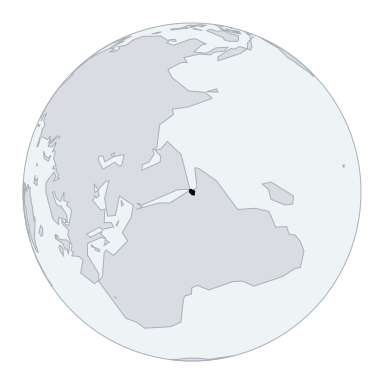 globe centered on Djibouti, rotated 279°
{"feature_id": "DJI", "entity_name": "Djibouti", "entity_type": "country or territory", "adm_level": 0, "iso_a3": "DJI", "parent_name": "Africa", "parent_adm1": "", "projection": "orthographic", "projection_center": [42.635, 11.825], "detail": "fine", "context": "on_globe", "style": "filled", "palette": "ink", "viewbox_px": 384, "rotation_deg": 279, "n_neighbors": 0, "source": "natural_earth", "source_scale": "50m", "svg_char_len": 9004}
<svg xmlns="http://www.w3.org/2000/svg" viewBox="0 0 384 384"><g transform="rotate(279 192 192)"><circle cx="192" cy="192" r="169" fill="#eef3f6" stroke="#a8b0b8"/><path d="M116.4,40.9L116.2,41.0L116.4,40.9ZM108.9,44.9L112.1,43.2L101.3,49.6L92.0,56.4L89.4,58.3L86.6,60.0L87.5,59.2L97.9,51.6L108.9,44.9ZM77.8,67.5L77.2,68.0L77.8,67.5ZM23.1,196.6L24.7,204.7L27.6,215.0L28.9,225.1L29.3,234.5L36.3,257.4L36.6,258.3L32.1,246.5L28.4,234.3L25.7,221.9L23.9,209.3L23.1,196.6ZM160.5,26.0L157.7,26.6L157.3,26.6L160.5,26.0ZM148.3,29.1L149.8,28.5L152.4,27.9L148.3,29.1ZM161.3,25.9L162.2,25.7L163.4,25.5L163.7,25.5L161.3,25.9ZM174.0,24.0L173.4,24.1L174.0,24.0ZM167.6,24.9L160.7,26.1L157.3,27.0L154.9,27.5L160.8,26.0L167.6,24.9ZM166.5,25.0L169.2,24.6L167.6,24.9L165.4,25.2L165.2,25.2L166.5,25.0ZM179.4,23.5L178.9,23.5L179.2,23.5L179.4,23.5ZM167.0,25.1L168.7,24.8L167.0,25.1L167.0,25.1ZM175.8,23.9L176.3,23.8L177.5,23.7L175.8,23.9ZM171.6,24.5L169.4,24.8L169.1,24.8L171.6,24.5ZM173.9,24.2L175.4,24.0L170.4,24.6L173.9,24.1L173.9,24.2ZM176.9,23.8L177.7,23.7L176.5,23.8L176.9,23.8ZM173.9,24.8L167.5,25.5L166.9,25.2L173.2,24.6L173.9,24.8ZM273.0,43.7L277.7,47.2L289.5,56.1L290.1,55.3L294.3,58.0L308.2,70.1L321.4,88.6L327.1,94.5L330.0,98.7L330.6,101.7L326.4,95.5L323.7,93.7L321.2,90.1L320.8,93.6L317.3,88.6L318.7,94.2L322.3,98.0L324.0,96.3L326.7,104.0L333.3,110.6L338.2,119.6L341.2,137.2L338.0,143.7L338.7,146.8L335.3,144.0L334.0,150.8L342.9,166.9L343.8,172.0L340.2,183.1L339.6,179.3L330.6,171.8L331.2,184.3L338.1,193.1L340.6,204.7L336.3,202.0L333.5,191.9L330.3,188.9L329.5,178.1L323.6,163.1L319.2,167.0L317.9,160.7L309.2,149.0L301.9,154.4L291.3,173.0L292.5,189.4L287.7,197.2L275.4,175.0L270.7,159.7L265.7,161.7L253.4,149.6L230.8,150.3L228.0,146.5L223.7,148.6L215.1,144.9L211.0,138.6L205.6,139.2L216.6,155.9L222.4,155.4L227.9,148.6L229.8,154.7L238.1,159.8L227.3,175.3L194.4,189.6L192.0,177.4L171.2,144.5L172.3,140.8L172.3,140.4L172.1,139.7L169.3,145.6L166.0,139.2L176.3,162.0L177.6,171.9L194.0,190.3L192.2,192.3L197.7,196.1L216.4,191.0L216.3,195.1L207.0,214.2L181.9,239.9L185.8,256.9L184.8,271.1L170.3,280.2L172.7,290.9L165.4,294.5L165.7,300.4L160.5,306.4L151.4,311.8L134.5,310.9L132.6,305.6L122.7,294.7L108.7,267.9L111.9,256.1L110.0,246.5L97.9,224.0L100.5,212.2L97.5,206.8L91.2,207.4L87.9,200.9L84.2,200.4L61.8,201.3L55.7,192.3L50.1,166.6L54.7,157.7L56.8,146.6L89.2,113.9L94.7,116.8L118.6,114.7L121.3,116.3L117.0,124.4L133.7,136.1L140.9,129.5L157.6,136.0L169.7,136.2L176.7,120.9L156.9,120.1L155.0,112.5L172.1,106.7L189.6,108.3L189.4,105.4L179.6,98.8L185.0,94.0L176.4,96.2L178.9,99.1L173.6,100.8L171.0,98.4L173.0,96.6L168.1,95.2L159.9,104.7L161.5,108.7L147.9,110.0L149.3,117.0L145.2,120.0L141.1,109.4L142.5,105.7L133.9,94.6L131.2,98.5L139.2,109.5L136.1,108.5L132.5,114.6L132.8,109.2L124.9,96.9L113.4,98.6L96.5,112.9L90.3,113.7L86.2,110.0L94.6,94.7L107.6,95.0L110.7,90.4L110.1,83.3L114.1,84.3L115.4,81.7L120.5,81.8L129.6,76.2L135.1,76.0L140.6,68.7L144.1,67.8L139.9,72.2L139.8,75.5L153.6,76.0L156.9,74.6L159.3,70.1L162.8,71.1L163.4,66.7L172.3,65.6L162.0,63.5L164.6,59.0L170.9,55.9L169.9,54.2L159.6,59.4L157.1,61.9L157.9,64.5L149.6,72.0L144.4,73.0L146.2,64.4L139.0,65.3L143.5,58.9L168.8,47.7L178.4,46.3L190.2,52.5L186.9,55.0L181.0,53.7L184.7,58.7L185.2,56.4L188.1,57.6L191.4,54.2L193.6,54.9L192.9,50.7L195.9,51.2L196.3,53.8L203.7,50.0L210.6,50.6L211.2,49.5L209.9,48.1L219.5,50.2L219.5,49.3L216.4,48.2L214.4,45.9L214.6,42.8L217.9,43.7L218.3,44.9L224.1,49.1L224.5,52.8L225.9,52.9L226.3,50.0L219.3,44.7L218.4,42.7L222.3,44.8L220.8,43.8L221.5,43.1L225.2,43.4L221.2,41.0L223.7,33.9L231.2,34.3L234.3,36.6L239.6,34.3L247.6,36.1L244.7,34.9L245.2,33.8L242.7,33.2L241.4,32.6L241.6,30.7L244.2,31.4L242.5,30.8L258.1,36.5L273.0,43.7ZM76.5,131.2L75.2,134.4L76.5,131.2ZM207.3,118.4L218.3,119.1L214.8,109.5L218.8,109.2L216.1,106.3L214.5,108.9L208.2,101.1L213.5,98.5L212.9,94.6L209.1,94.3L200.5,100.5L209.4,111.3L206.3,115.2L207.3,118.4ZM80.8,65.5L76.6,69.4L79.2,66.8L77.7,68.0L81.2,64.4L88.3,59.2L84.4,62.0L80.8,65.5ZM117.8,69.0L118.8,70.6L115.9,73.4L109.0,75.0L113.2,70.9L117.8,69.0ZM121.0,72.5L124.7,64.3L129.1,63.4L126.0,65.2L128.6,65.4L124.3,68.5L125.0,76.2L122.4,79.3L111.0,79.7L116.2,77.7L114.8,76.0L121.0,72.5ZM126.2,49.3L127.8,47.0L135.3,47.9L132.9,50.1L125.9,51.4L124.6,49.7L126.2,49.3ZM134.7,33.1L134.8,33.0L136.1,32.5L137.1,32.2L134.7,33.1ZM129.3,35.1L129.2,35.1L133.0,33.7L135.3,32.9L143.2,30.3L145.9,29.4L154.8,27.2L155.9,27.0L155.1,27.2L152.3,27.8L153.2,27.7L148.5,28.8L148.8,28.9L135.4,33.3L134.9,33.3L127.7,36.5L123.6,38.0L128.4,35.7L119.8,39.5L122.4,38.1L116.7,40.8L125.7,36.6L129.3,35.1ZM172.9,29.9L169.9,29.4L171.1,31.6L166.4,31.8L166.8,32.0L162.8,32.9L158.7,34.6L156.8,34.6L156.0,35.3L153.3,36.1L151.6,37.2L147.6,37.6L145.2,39.0L144.6,38.5L141.6,40.9L142.1,39.3L138.6,40.6L140.0,41.4L122.4,43.5L114.7,46.3L108.0,49.8L109.7,47.3L117.2,42.7L126.9,38.0L134.1,35.9L133.6,35.5L136.9,34.4L135.9,35.2L139.4,33.4L141.9,32.9L150.6,30.2L154.0,28.5L157.3,27.7L157.2,28.1L160.5,27.1L162.5,27.4L164.9,27.0L169.2,27.1L167.5,28.6L170.3,28.0L173.7,28.5L172.9,29.9ZM174.9,24.9L174.0,26.0L171.0,26.9L164.8,26.3L162.3,26.7L158.2,26.9L162.7,25.8L163.4,25.8L165.2,25.5L163.1,26.0L166.1,25.5L167.3,25.6L169.9,25.3L168.9,25.7L174.9,24.9ZM125.4,113.5L127.7,114.0L131.5,113.9L129.3,118.0L125.4,113.5ZM119.8,105.2L122.0,104.8L120.7,110.0L118.4,109.7L119.8,105.2ZM124.3,100.4L122.2,104.4L121.9,102.0L124.3,100.4ZM142.0,71.8L144.5,71.4L144.4,72.5L142.5,74.1L142.0,71.8ZM175.4,38.1L174.2,37.2L175.2,36.9L175.8,34.6L179.4,34.5L180.4,35.9L175.4,38.1ZM172.8,123.4L168.7,126.3L167.1,124.8L168.8,124.1L172.8,123.4ZM147.5,122.1L152.8,124.3L146.8,123.2L147.5,122.1ZM179.4,37.6L179.2,36.6L181.1,37.3L179.4,37.6ZM182.0,34.4L184.3,34.9L179.9,34.2L182.0,34.4ZM241.5,336.6L242.7,338.0L240.0,338.3L241.5,336.6ZM214.2,268.5L203.9,293.0L195.8,293.2L193.7,286.2L197.1,271.4L206.5,267.0L210.9,260.1L214.2,268.5ZM353.9,227.5L354.9,227.6L354.7,228.4L353.9,227.5ZM353.0,225.5L354.4,225.0L352.5,227.3L353.0,225.5ZM354.9,224.9L356.3,222.6L356.9,221.1L356.6,222.7L354.9,224.9ZM351.9,226.0L344.5,228.5L341.1,227.5L342.3,224.4L347.8,223.4L351.9,226.0ZM342.0,224.4L336.3,218.0L325.7,197.1L329.6,196.7L340.1,208.4L339.5,210.9L343.0,216.3L342.0,224.4ZM354.3,205.9L353.6,213.4L349.9,214.2L348.0,213.6L346.7,204.7L347.5,199.7L349.2,199.3L353.6,181.2L355.6,184.4L354.7,191.8L356.2,197.6L354.3,205.9ZM293.4,190.8L297.7,200.1L294.8,202.0L293.4,190.8ZM353.9,169.3L353.1,177.1L353.3,167.1L353.9,169.3ZM353.1,160.3L353.9,163.7L352.5,160.7L353.1,160.3ZM340.1,151.5L338.4,152.8L337.6,150.4L339.3,147.3L340.1,151.5ZM341.9,127.4L344.7,134.3L345.3,136.7L343.2,132.8L341.9,127.4ZM209.3,38.8L204.5,41.8L203.3,44.6L206.3,46.9L200.0,45.3L201.8,40.9L209.3,38.8ZM221.6,34.3L218.9,32.7L221.4,32.9L222.4,33.3L221.6,34.3ZM219.0,33.7L213.2,32.8L212.6,31.7L217.3,32.5L219.0,33.7ZM196.2,34.3L194.5,35.1L193.1,34.5L196.2,34.3ZM331.5,287.3L325.8,294.2L325.2,293.6L328.8,288.6L335.2,275.1L335.7,275.1L339.7,265.6L347.7,254.4L354.6,236.7L355.0,236.5L350.7,249.9L345.4,262.9L339.0,275.3L331.5,287.3ZM356.1,226.8L358.0,220.2L358.4,219.3L356.1,226.8ZM360.7,200.7L360.7,200.4L360.7,200.7ZM360.9,197.0L360.8,196.0L360.9,194.6L360.9,197.0ZM359.9,204.4L359.7,206.4L359.6,205.2L359.9,204.4ZM360.2,202.9L360.5,204.2L360.1,204.6L360.2,202.9ZM357.0,198.8L357.4,203.1L358.7,199.4L357.7,204.2L358.1,211.2L357.6,214.2L357.3,206.6L356.4,215.2L355.7,215.4L355.8,208.4L356.8,199.2L357.4,195.3L359.5,192.4L357.0,198.8ZM360.4,197.3L360.2,192.2L360.3,188.6L360.5,191.1L360.4,197.3ZM358.8,180.3L357.3,174.8L356.7,177.7L357.2,168.3L358.7,175.0L358.8,180.3ZM356.4,167.6L355.9,170.2L355.9,164.8L356.4,167.6ZM355.3,168.3L354.4,164.2L355.2,164.4L355.3,168.3ZM356.8,167.5L355.6,160.5L356.6,164.4L356.8,167.5ZM352.0,155.3L355.1,161.1L352.5,159.4L348.8,146.3L349.6,145.5L352.0,155.3ZM334.2,102.5L332.0,99.2L331.7,98.2L333.3,100.7L334.2,102.5ZM329.0,93.1L331.0,96.9L332.2,100.6L333.5,101.9L336.7,107.8L333.0,102.8L329.7,96.1L329.3,94.4L326.1,89.8L323.8,86.5L319.3,81.1L317.3,78.7L321.3,83.2L329.0,93.1ZM314.9,76.0L315.4,76.6L314.7,75.9L317.4,79.0L308.8,70.0L309.6,70.7L314.9,76.0ZM307.0,68.2L306.1,67.6L291.7,56.1L288.9,54.1L300.5,62.5L300.3,62.5L303.7,65.4L307.0,68.2ZM240.0,32.3L238.3,31.6L239.9,31.8L240.0,32.3ZM234.7,29.8L234.0,30.1L233.3,29.4L234.7,29.8ZM232.9,30.9L233.1,30.0L234.9,31.4L232.9,30.9Z" fill="#d9dde1" stroke="#a8b0b8" stroke-width="1"/><path d="M193.8,193.0L193.5,193.4L193.2,193.9L192.8,194.4L192.6,194.4L192.4,194.4L192.1,194.2L191.8,194.2L191.5,194.3L191.1,194.4L190.6,194.5L190.3,194.5L190.0,194.6L189.8,194.6L189.6,194.5L189.5,193.9L189.5,193.2L189.5,192.7L189.6,192.4L190.0,191.9L190.2,191.7L190.6,191.1L191.0,190.5L191.3,190.1L191.5,189.9L191.6,190.0L192.1,190.4L192.4,190.2L192.5,189.8L192.7,189.6L193.1,189.5L193.4,189.4L193.4,189.5L193.9,190.1L194.1,190.4L194.2,190.9L194.1,191.2L194.0,191.4L193.8,191.6L193.2,192.0L192.5,192.3L192.0,192.8L191.7,192.7L191.7,192.9L191.9,193.0L192.1,192.9L192.4,192.8L192.8,192.7L193.2,192.7L193.5,192.8L193.8,193.0Z" fill="#0f172a" stroke="#020617" stroke-width="1.5"/></g></svg>